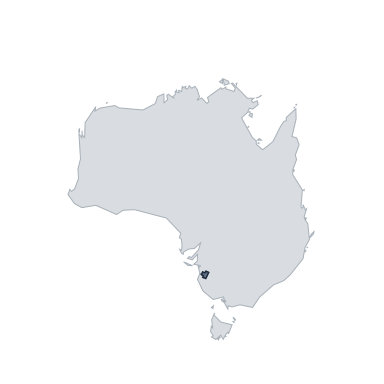 location of Tatiara, South Australia, Australia, rotated 25°
{"feature_id": "25037944B1672021896244", "entity_name": "Tatiara", "entity_type": "district", "adm_level": 2, "iso_a3": "AUS", "parent_name": "Australia", "parent_adm1": "South Australia", "projection": "robinson", "projection_center": [140.706, -36.222], "detail": "fine", "context": "in_parent", "style": "filled", "palette": "slate", "viewbox_px": 384, "rotation_deg": 25, "n_neighbors": 0, "source": "geoboundaries", "source_scale": "gbopen_adm2", "svg_char_len": 4715}
<svg xmlns="http://www.w3.org/2000/svg" viewBox="0 0 384 384"><g transform="rotate(25 192 192)"><path d="M255.5,81.8L259.2,99.5L263.9,98.7L269.1,103.9L270.0,114.7L273.1,118.5L273.8,128.6L276.0,133.8L291.2,143.5L297.0,159.4L298.7,160.2L299.0,157.4L302.3,160.3L302.9,158.8L304.1,166.9L306.1,169.3L310.4,171.8L318.5,185.5L317.9,194.6L320.8,205.5L315.9,225.9L312.7,233.4L305.1,241.8L297.7,258.5L295.7,271.0L283.1,274.0L276.8,279.3L272.9,279.8L273.9,282.9L267.9,278.4L268.8,277.3L268.4,276.2L267.3,276.2L265.3,278.1L263.8,276.9L266.3,275.1L264.9,273.7L256.6,280.5L243.8,277.1L233.9,268.9L233.5,262.4L228.8,256.6L230.8,256.8L230.7,255.1L224.0,256.8L226.0,252.5L223.3,246.2L220.9,253.4L216.0,254.1L216.7,251.7L219.1,251.7L222.3,241.8L221.3,234.4L218.0,242.2L213.1,245.1L209.8,249.8L210.3,252.2L208.3,251.9L205.0,249.2L207.1,249.2L205.6,244.6L202.4,239.4L199.8,238.7L199.3,234.2L179.8,226.4L147.5,232.3L137.3,237.6L133.1,244.3L110.5,244.7L98.8,252.7L90.5,252.2L80.7,246.8L80.2,241.3L82.5,242.3L84.3,238.9L83.5,227.9L79.0,219.5L76.9,209.0L65.0,187.1L69.3,189.4L66.4,182.8L68.4,186.7L71.6,187.9L65.8,174.2L68.8,155.3L69.8,159.7L73.2,154.8L85.6,146.2L90.1,146.7L112.9,138.4L121.3,127.4L120.5,120.1L125.0,115.0L129.0,123.0L130.9,118.5L128.4,115.4L129.1,113.4L136.6,114.7L134.2,114.0L135.7,110.8L134.3,108.0L138.3,107.6L136.9,105.5L140.2,105.2L139.0,102.2L141.8,98.8L142.1,100.9L144.4,100.6L144.6,96.8L147.9,98.1L150.1,95.0L153.7,97.2L158.5,102.5L157.8,106.8L161.0,102.7L167.9,105.4L169.2,103.1L166.1,99.8L174.1,85.3L175.7,86.3L178.4,82.6L179.3,84.2L187.6,83.1L187.3,79.5L181.8,77.0L182.7,76.1L202.6,83.6L208.4,80.9L207.0,83.7L209.5,85.3L212.4,81.8L215.1,84.7L212.0,91.2L208.5,91.8L208.7,96.5L205.5,103.8L223.6,117.1L228.5,118.4L230.1,121.6L238.2,123.8L244.0,112.3L244.5,95.4L245.4,89.1L247.4,87.6L245.9,84.7L250.9,72.6L255.5,81.8ZM263.6,294.1L273.1,297.7L284.5,295.4L284.9,305.4L284.2,303.6L283.0,305.7L282.5,312.3L278.6,309.6L275.9,315.6L271.0,315.1L272.0,313.4L267.8,310.6L266.2,305.5L268.1,306.4L263.8,299.4L263.6,294.1ZM172.4,76.2L178.2,76.2L179.9,78.0L176.2,81.6L172.4,76.2ZM213.9,258.9L223.6,258.6L219.5,260.2L213.9,258.9ZM213.6,95.5L214.8,99.1L211.2,98.5L211.8,95.9L213.6,95.5ZM318.0,183.9L317.9,179.8L319.3,176.3L319.9,178.8L318.0,183.9ZM282.0,288.2L285.2,289.1L285.3,290.5L282.0,288.2ZM171.9,77.2L173.9,80.8L170.3,80.6L171.9,77.2ZM260.2,288.8L258.4,288.5L259.4,286.1L260.2,288.8ZM233.0,115.5L231.3,116.6L229.5,117.2L230.4,115.2L233.0,115.5ZM65.0,186.1L63.4,184.1L63.2,182.3L63.4,182.2L65.0,186.1ZM284.5,291.8L285.7,292.7L283.4,292.0L284.5,291.8ZM305.3,167.5L306.7,167.4L306.6,169.3L305.3,167.5ZM274.2,128.4L275.8,129.5L275.5,130.1L274.2,128.4ZM278.4,313.2L278.5,314.8L277.3,314.3L278.4,313.2ZM319.9,196.1L320.0,198.4L319.8,198.4L319.9,196.1ZM187.0,76.0L186.1,75.0L186.7,74.5L187.0,76.0ZM213.7,76.2L212.3,78.0L214.0,74.8L213.7,76.2ZM320.2,193.4L319.5,194.2L320.0,193.3L320.2,193.4ZM216.0,109.2L215.2,109.6L215.6,108.7L216.0,109.2ZM210.8,95.4L209.8,95.6L210.4,94.5L210.8,95.4ZM77.5,146.3L77.2,147.7L76.8,147.6L77.5,146.3ZM249.2,71.7L249.1,73.0L248.8,72.1L249.2,71.7ZM267.3,276.8L267.6,277.5L267.2,277.3L267.3,276.8ZM212.0,78.5L210.1,79.8L212.0,78.2L212.0,78.5ZM139.1,100.5L138.4,101.3L138.8,100.3L139.1,100.5ZM279.1,312.0L278.5,312.3L278.8,311.7L279.1,312.0ZM232.2,119.8L231.1,119.8L231.7,119.1L232.2,119.8ZM135.4,107.0L134.9,107.5L134.8,106.3L135.4,107.0ZM283.8,308.6L282.9,309.0L283.2,308.2L283.8,308.6ZM249.8,68.4L249.7,69.2L249.2,68.8L249.8,68.4ZM266.9,277.8L267.7,278.5L266.3,278.3L266.9,277.8ZM293.0,143.4L292.3,143.4L292.6,142.5L293.0,143.4ZM298.4,157.2L298.1,157.2L298.4,156.5L298.4,157.2ZM264.0,292.9L263.8,293.5L263.5,292.7L264.0,292.9Z" fill="#d9dde1" stroke="#a8b0b8" stroke-width="1"/><path d="M241.1,257.8L240.9,257.8L240.7,257.8L240.4,257.8L240.2,257.8L239.9,257.8L239.7,257.8L239.0,257.8L238.3,257.8L238.3,258.3L238.1,258.3L237.9,258.3L237.9,259.1L237.9,259.9L237.5,259.9L237.2,259.9L236.9,259.9L236.7,259.9L236.3,259.9L236.2,259.9L235.8,259.9L235.7,259.9L235.4,259.9L235.4,260.3L235.4,260.7L235.4,261.4L235.5,261.6L235.5,261.9L235.4,262.0L235.4,262.4L235.4,262.6L235.5,262.9L235.5,263.0L235.4,263.0L235.5,263.0L235.4,263.0L235.5,263.1L235.4,263.1L235.5,263.1L235.9,263.1L236.0,263.1L236.3,263.1L236.5,263.1L236.8,263.1L237.0,263.1L237.3,263.1L237.5,263.1L237.8,263.1L237.8,263.7L237.8,263.8L237.8,264.3L237.8,264.5L237.8,264.8L238.0,264.8L238.3,264.8L238.5,264.8L238.9,264.8L238.9,264.7L239.0,264.6L239.3,264.6L239.5,264.6L239.8,264.6L240.0,264.6L240.3,264.6L240.5,264.6L240.8,264.6L241.0,264.6L241.1,263.8L241.1,263.6L241.1,263.4L241.1,263.0L241.1,262.5L241.1,262.4L241.1,261.6L241.1,259.9L241.1,259.7L241.1,259.4L241.1,257.8L241.1,257.8Z" fill="#64748b" stroke="#1e293b" stroke-width="1.5"/></g></svg>